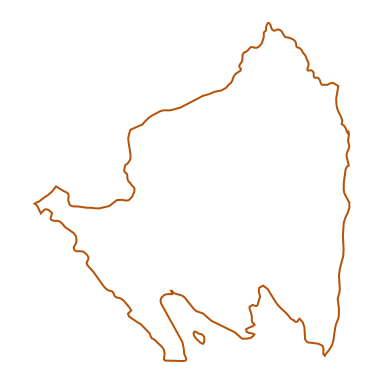 SVG path tracing the border of Lampung
{"feature_id": "IDN-1229", "entity_name": "Lampung", "entity_type": "Province", "adm_level": 1, "iso_a3": "IDN", "parent_name": "Indonesia", "parent_adm1": "", "projection": "robinson", "projection_center": [104.899, -4.841], "detail": "fine", "context": "isolated", "style": "outline", "palette": "amber", "viewbox_px": 384, "rotation_deg": 0, "n_neighbors": 0, "source": "natural_earth", "source_scale": "10m", "svg_char_len": 4591}
<svg xmlns="http://www.w3.org/2000/svg" viewBox="0 0 384 384"><path d="M338.3,86.1L336.2,98.6L336.4,103.9L337.1,108.1L338.5,111.9L340.8,116.3L342.3,120.7L341.7,124.2L343.8,125.5L345.3,127.5L347.4,132.7L347.7,132.2L347.8,132.1L348.4,131.6L349.0,134.3L348.0,141.0L349.4,146.3L348.5,149.3L347.2,152.3L346.5,154.9L346.9,157.6L348.8,165.5L346.8,166.7L345.6,169.5L343.8,182.7L343.7,189.5L344.3,193.2L349.3,202.7L349.4,207.8L347.7,212.8L345.3,217.8L343.7,223.1L342.9,236.3L343.6,249.4L343.2,256.3L339.8,268.9L339.0,276.1L339.8,289.4L339.3,292.9L337.7,298.9L338.9,308.6L338.9,314.9L338.4,318.2L335.9,324.7L335.1,328.1L333.5,340.0L332.0,345.2L329.5,349.4L325.3,354.7L324.8,355.7L323.4,354.2L323.4,348.3L322.5,345.7L318.1,343.7L307.3,342.3L305.1,339.3L304.4,327.3L302.7,322.2L299.5,318.7L298.8,319.4L297.5,321.4L296.8,321.9L295.4,321.8L294.4,321.0L293.5,320.1L292.5,319.7L291.1,318.9L286.5,313.4L279.4,306.8L276.4,303.2L267.5,288.9L263.2,285.6L259.2,287.9L258.7,290.9L260.1,296.9L258.8,300.0L258.9,300.6L257.6,304.9L257.3,305.4L256.5,306.0L254.9,305.8L252.6,304.9L249.6,306.7L249.6,309.2L250.9,312.4L251.8,316.0L251.8,320.2L252.2,321.9L253.2,323.2L254.2,324.1L254.6,324.9L252.6,326.3L249.0,327.6L246.1,329.4L246.6,331.9L249.3,333.0L252.6,333.5L254.4,334.4L252.6,336.7L250.1,338.0L247.3,338.6L242.8,338.8L241.2,338.0L235.0,332.4L211.4,320.8L202.9,313.4L196.4,311.2L193.4,308.5L185.3,298.2L183.7,296.6L181.4,295.3L176.1,293.9L173.4,292.8L172.1,290.9L171.1,290.9L171.4,291.6L172.1,294.1L168.5,294.1L165.8,294.4L163.6,295.5L161.3,297.9L160.5,300.5L161.1,303.5L182.4,342.0L183.6,347.8L184.3,354.2L185.9,357.8L186.2,359.5L185.5,360.6L183.8,361.0L165.0,360.6L163.9,359.2L164.6,353.7L164.0,350.0L162.3,347.2L155.1,340.3L153.7,339.2L151.6,338.1L150.7,336.4L149.7,333.4L140.7,324.1L138.5,323.0L128.9,316.4L128.0,313.7L131.2,310.5L129.5,307.5L123.5,300.4L120.5,298.4L119.0,297.9L117.7,297.7L116.5,297.4L114.9,296.3L114.2,295.0L113.5,293.2L112.5,291.6L108.0,290.2L105.5,288.3L103.4,285.9L93.5,272.0L87.3,265.1L86.6,262.6L88.2,259.6L88.5,257.4L87.0,254.9L84.8,252.7L83.1,251.6L80.1,251.2L77.1,251.3L74.7,250.5L73.7,247.9L74.1,246.4L76.0,243.4L76.4,241.5L76.3,238.3L76.1,236.9L75.7,235.8L73.3,232.8L65.2,227.2L61.9,223.2L59.7,221.5L57.2,220.8L53.7,220.8L52.2,220.3L50.7,219.3L50.7,217.7L52.0,213.2L51.6,212.3L50.8,211.8L49.5,210.7L47.9,209.7L46.0,209.2L44.6,209.6L43.3,210.7L40.8,213.4L37.6,206.6L35.8,204.2L34.6,203.7L36.6,202.4L38.8,201.7L44.0,197.6L47.6,195.3L51.9,191.7L56.0,186.4L63.7,191.1L65.8,192.0L67.2,192.9L68.3,194.0L68.6,195.3L68.6,197.0L68.3,198.6L68.2,200.1L68.5,201.4L69.2,203.1L69.5,204.6L70.8,205.6L73.0,206.4L78.2,206.5L86.3,207.7L91.0,207.8L95.2,208.3L99.3,208.4L109.4,206.0L116.9,200.1L121.8,199.8L126.1,200.6L127.6,200.4L128.9,200.0L129.7,199.3L132.1,196.7L134.1,192.2L134.4,190.9L134.5,188.8L134.2,187.8L133.6,187.0L132.8,186.4L131.4,184.9L130.7,183.7L128.3,181.1L127.8,179.8L127.4,178.3L127.2,174.5L126.8,173.8L125.3,172.6L124.4,171.3L124.2,170.3L124.3,169.3L124.6,168.5L125.0,165.7L125.4,165.0L127.5,163.5L128.3,162.6L129.3,161.2L130.4,158.9L130.5,156.2L130.4,153.9L128.7,143.0L128.2,138.3L129.1,134.0L130.4,129.8L142.5,124.4L144.2,122.3L148.6,117.9L151.9,115.6L160.3,111.2L163.5,110.3L170.5,110.3L180.4,107.6L203.0,95.8L209.2,94.1L214.6,91.8L221.5,90.4L226.2,87.8L227.4,86.2L229.0,84.5L231.2,82.5L232.2,80.8L232.8,78.6L233.7,76.5L235.0,74.7L236.2,73.4L240.2,70.9L240.8,69.8L240.8,68.9L239.7,67.4L239.3,66.5L239.3,65.8L239.9,64.5L242.0,61.3L242.2,60.6L242.4,59.5L242.5,56.3L242.6,54.8L243.3,53.4L244.4,52.3L246.5,51.5L247.8,50.4L250.1,47.7L251.2,47.1L252.6,47.0L254.6,47.8L256.4,47.8L258.0,47.2L259.4,46.1L261.4,43.9L262.0,42.8L263.7,37.4L263.8,36.0L263.8,33.2L263.9,32.5L264.3,32.0L264.8,31.5L265.5,31.1L265.9,30.4L266.1,29.3L266.0,27.8L266.4,26.2L266.8,24.9L267.4,23.6L268.2,23.0L269.1,23.1L270.3,24.8L271.6,28.5L272.5,30.1L274.1,30.7L275.2,30.5L277.1,29.6L278.5,29.5L280.1,30.1L281.7,31.3L284.2,35.8L285.5,37.1L289.8,37.9L293.9,39.9L295.2,41.2L296.0,43.4L296.2,44.8L296.3,46.1L296.8,46.9L297.6,47.5L299.0,47.8L300.3,48.6L302.1,51.0L303.2,53.2L304.9,54.8L306.0,57.0L306.6,58.8L307.7,61.2L308.0,61.6L308.5,63.0L308.6,64.6L308.4,65.9L307.4,68.8L307.4,70.0L308.1,70.6L310.5,70.2L311.5,70.4L312.5,71.1L313.5,72.5L313.7,73.8L313.7,75.3L313.9,76.9L314.8,77.8L317.6,77.7L318.9,78.7L319.8,80.1L320.9,83.5L322.0,84.8L327.3,84.8L329.7,83.6L333.0,82.8L338.3,86.1ZM202.1,334.5L204.0,336.5L204.4,338.1L204.0,342.5L202.9,343.9L200.4,342.6L196.3,338.8L194.4,336.3L193.8,334.8L193.6,333.3L194.4,331.6L195.8,331.8L198.7,333.6L201.3,334.2L202.1,334.5Z" fill="none" stroke="#b45309" stroke-width="2"/></svg>